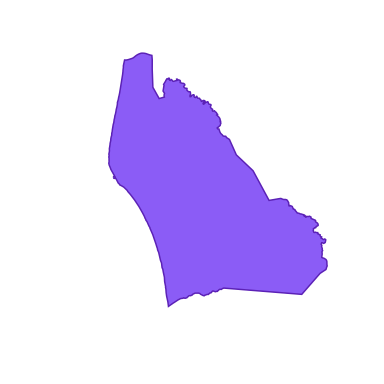 outline of Rangárþing eystra, Suðurland, Iceland, rotated 55°
{"feature_id": "244011B21062297179388", "entity_name": "Rangárþing eystra", "entity_type": "district", "adm_level": 2, "iso_a3": "ISL", "parent_name": "Iceland", "parent_adm1": "Suðurland", "projection": "orthographic", "projection_center": [-19.715, 63.654], "detail": "fine", "context": "isolated", "style": "filled", "palette": "violet", "viewbox_px": 384, "rotation_deg": 55, "n_neighbors": 0, "source": "geoboundaries", "source_scale": "gbopen_adm2", "svg_char_len": 5999}
<svg xmlns="http://www.w3.org/2000/svg" viewBox="0 0 384 384"><g transform="rotate(55 192 192)"><path d="M289.0,221.0L338.8,160.8L332.1,133.8L332.3,126.7L332.1,126.4L330.8,124.8L330.1,123.7L328.7,123.0L326.3,121.4L325.1,121.0L324.1,121.0L322.1,121.8L320.4,123.1L320.0,123.2L318.8,122.2L317.8,121.2L316.5,120.3L315.7,120.0L315.4,119.7L315.0,118.7L314.7,118.5L313.8,118.4L313.2,117.8L312.8,117.6L311.1,117.2L310.6,116.6L310.1,116.2L308.9,116.2L308.0,115.0L307.9,114.8L308.4,114.2L309.5,113.8L309.7,113.4L309.7,112.8L309.6,112.5L309.8,112.1L309.8,111.9L308.4,110.3L308.1,110.2L307.7,109.8L307.0,110.0L306.5,110.4L306.5,111.3L306.2,111.8L304.6,112.1L304.1,112.7L303.6,112.7L303.3,111.9L303.1,111.6L302.4,112.1L301.6,112.2L300.5,111.6L300.1,112.1L298.9,112.4L298.7,112.8L298.2,112.7L297.4,112.3L296.6,113.4L295.8,113.8L295.3,115.1L295.0,115.3L293.2,114.9L292.8,114.3L291.7,113.6L291.8,112.4L291.6,112.1L292.0,111.7L292.2,111.2L292.1,110.8L291.6,110.3L291.4,110.0L291.4,109.8L291.7,109.0L291.8,108.5L291.7,107.8L291.5,107.6L291.0,107.5L290.9,107.3L290.4,107.1L289.3,107.1L287.4,107.8L286.8,107.7L286.4,107.2L286.0,107.2L285.3,107.4L285.1,107.8L284.1,108.2L283.3,108.9L282.6,109.1L282.2,109.5L281.4,109.5L280.9,108.9L279.4,109.5L279.2,109.7L278.8,110.9L277.7,112.1L277.7,112.6L278.0,112.8L277.9,113.2L277.8,113.3L277.1,113.4L276.4,112.9L276.1,112.9L275.9,113.0L276.1,113.8L275.6,114.0L275.2,113.9L274.9,113.4L274.7,113.5L273.6,114.5L273.0,114.8L272.6,115.3L271.9,116.0L271.3,116.2L270.1,117.2L269.6,117.8L269.3,117.7L268.8,117.9L268.2,117.8L267.4,118.0L266.6,117.9L266.2,118.1L265.5,117.8L265.0,118.0L264.7,118.3L264.0,118.8L263.5,118.5L263.0,118.6L261.5,118.2L260.6,118.5L260.1,119.1L259.5,119.3L259.4,119.4L259.5,119.8L259.3,120.2L258.8,120.5L258.6,120.3L258.5,120.0L257.4,119.8L256.4,119.0L256.0,118.9L253.6,118.7L252.7,118.9L251.8,119.7L250.7,121.2L250.0,121.8L248.4,122.8L247.9,123.5L243.1,133.7L209.6,129.8L187.0,134.4L170.4,131.2L167.2,132.5L165.8,132.4L165.5,132.7L165.2,132.9L164.8,133.7L163.8,134.4L162.6,134.4L160.4,134.9L160.0,134.8L158.8,134.7L155.8,133.8L155.1,134.7L154.6,134.8L153.9,134.5L153.8,134.2L154.0,133.1L153.8,132.3L153.7,130.8L152.7,129.7L152.2,128.9L151.6,128.8L151.2,128.4L150.3,127.9L150.0,127.9L150.0,128.1L149.4,127.6L148.8,127.6L148.4,127.2L147.1,127.0L145.2,127.1L144.4,127.4L143.9,127.3L143.1,127.6L143.0,126.5L142.0,126.7L141.1,126.5L140.1,126.7L139.5,127.0L138.4,127.0L138.0,128.0L137.9,128.5L137.3,128.7L136.8,128.5L136.3,127.8L136.1,127.7L134.3,128.3L133.3,128.3L132.8,128.1L132.5,127.7L132.0,126.8L131.4,126.4L131.0,126.5L130.0,127.6L129.1,127.7L127.5,127.2L127.1,127.4L126.9,127.6L126.9,128.4L126.4,129.0L126.4,129.3L126.7,130.9L126.7,131.6L126.8,131.9L126.6,132.3L125.9,132.2L125.1,131.0L125.1,130.6L125.6,129.9L125.6,129.6L125.3,129.3L124.6,129.2L124.1,129.5L123.5,130.2L123.4,130.6L123.4,131.9L123.2,132.3L122.9,132.3L121.6,131.9L120.8,132.2L119.6,132.1L119.3,132.3L118.5,133.4L118.2,133.5L117.4,133.5L116.7,133.2L116.4,133.2L116.2,133.4L116.2,133.7L116.6,134.1L116.7,134.5L116.6,135.0L115.9,135.6L115.0,135.6L114.0,134.7L113.3,134.8L113.1,135.1L112.7,136.8L112.9,137.5L113.2,137.7L113.3,138.0L113.1,138.5L112.8,138.9L111.9,138.4L111.6,138.1L111.3,137.4L111.1,137.2L110.0,136.4L109.0,136.1L108.7,136.1L108.1,137.1L107.6,137.4L105.7,137.8L104.3,136.7L104.0,136.9L103.3,137.8L102.4,138.3L101.3,138.5L100.7,138.2L100.5,137.1L100.3,136.6L99.7,136.2L99.1,136.3L98.4,136.5L98.1,136.7L97.5,137.5L95.6,138.9L95.1,138.7L94.7,138.0L93.8,137.8L93.0,138.2L92.2,139.0L90.8,139.5L90.7,139.9L90.9,140.0L91.6,140.1L92.0,140.3L91.9,140.6L91.4,141.8L90.8,143.6L90.4,144.1L90.1,144.1L88.2,144.3L88.0,144.5L88.2,145.8L87.8,146.1L87.1,146.1L86.2,145.4L85.7,145.4L85.4,145.8L85.3,146.3L85.7,146.9L84.9,147.6L85.5,149.2L86.0,150.0L87.6,153.6L88.5,153.7L92.7,157.8L95.4,157.9L96.0,158.7L96.9,159.5L97.4,159.8L98.4,160.2L96.6,165.3L83.8,164.0L68.5,154.1L61.0,148.8L57.1,146.5L55.3,148.1L52.1,150.4L50.7,151.8L49.6,153.3L49.1,154.1L48.5,156.2L48.2,158.3L48.2,159.9L48.4,162.8L48.3,164.0L48.0,165.1L47.1,168.0L46.6,169.3L46.1,170.3L45.2,171.5L49.3,175.9L50.5,176.7L52.8,178.8L53.3,179.1L56.0,181.5L68.9,194.0L71.2,196.4L72.2,197.6L74.1,199.5L75.8,201.7L77.2,202.7L79.3,204.8L80.9,206.7L82.2,207.9L84.4,210.2L85.1,211.2L87.5,213.5L87.7,213.9L90.3,216.3L91.5,217.8L95.4,221.6L96.6,222.6L98.0,224.2L98.4,224.4L99.6,225.4L100.7,226.8L102.1,228.2L103.1,228.9L105.2,231.2L106.3,232.1L109.3,235.0L110.5,235.7L111.6,236.6L113.2,238.3L114.9,239.2L115.5,240.0L116.8,240.6L118.6,241.9L119.1,242.1L120.8,243.7L122.5,244.4L125.2,245.0L127.0,245.5L134.1,246.2L134.3,246.3L134.4,247.3L135.0,248.2L134.6,247.3L134.5,247.0L134.5,246.4L134.7,246.5L135.5,246.3L136.6,246.7L136.5,247.1L136.4,247.4L135.9,248.0L136.0,248.1L136.4,247.7L136.6,247.4L136.7,246.8L136.9,246.7L138.1,246.7L142.4,247.3L143.7,247.0L145.2,247.0L145.6,246.6L148.8,245.1L153.4,244.2L155.1,244.3L158.5,243.9L165.6,243.6L173.5,243.8L180.8,244.5L184.6,245.0L186.6,245.5L187.9,245.6L188.5,245.9L190.7,245.9L195.2,246.8L197.0,246.9L197.5,247.2L204.4,248.6L213.7,251.3L217.1,252.4L218.0,252.6L219.8,253.4L222.5,254.0L229.9,257.0L232.7,257.7L236.8,259.9L238.5,260.2L241.0,261.4L246.0,263.5L249.7,265.8L254.6,268.0L254.8,268.3L256.6,269.1L259.4,270.8L262.7,272.5L268.2,274.8L272.2,276.9L272.2,271.2L272.3,269.3L272.4,265.3L272.6,263.8L272.8,262.4L273.9,260.3L273.9,259.5L274.9,258.8L275.4,258.0L275.5,257.3L275.7,256.6L275.4,256.0L275.5,255.2L275.3,254.8L275.3,253.9L275.4,253.6L276.1,252.7L276.3,252.2L276.2,251.7L276.5,251.0L276.5,250.8L276.3,250.1L276.2,249.8L276.3,249.3L276.5,248.3L276.6,247.5L278.6,244.6L279.6,243.8L280.7,243.6L283.0,242.4L284.0,241.6L283.9,240.6L284.1,240.2L284.3,239.6L284.4,238.9L284.7,238.1L285.1,237.7L285.3,237.4L285.1,236.9L285.2,235.9L285.0,235.6L285.1,235.0L285.4,234.5L285.5,233.9L284.9,232.2L285.4,231.3L287.1,230.1L287.5,228.8L287.7,228.6L288.0,228.1L287.7,227.5L287.8,226.8L287.6,226.4L287.6,225.2L287.9,224.7L288.6,223.9L288.6,222.3L289.0,221.0Z" fill="#8b5cf6" stroke="#5b21b6" stroke-width="1.5"/></g></svg>